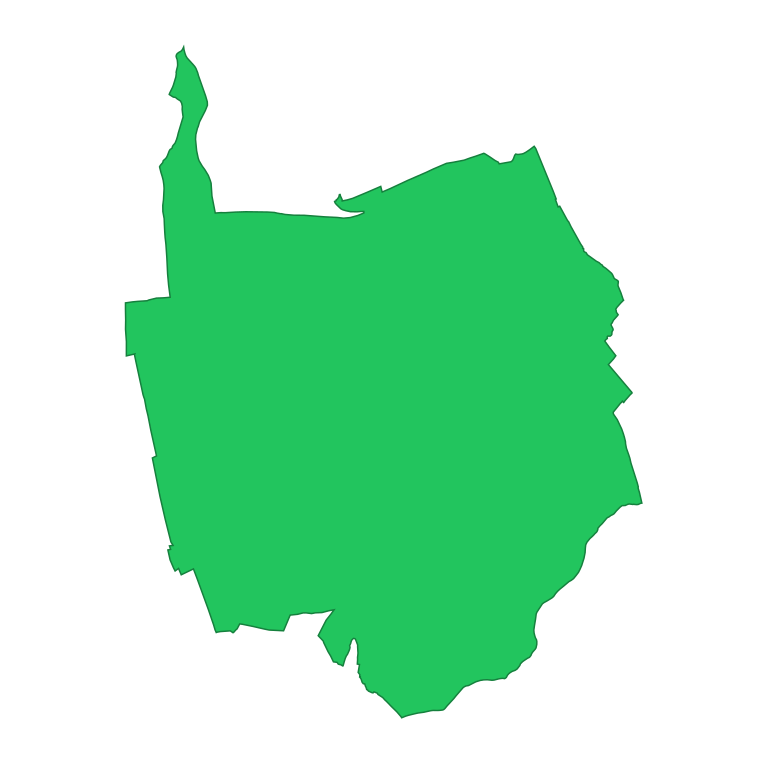 Vulturesti, Vaslui, Romania, rotated 271°
{"feature_id": "2599482B20293343486233", "entity_name": "Vulturesti", "entity_type": "district", "adm_level": 2, "iso_a3": "ROU", "parent_name": "Romania", "parent_adm1": "Vaslui", "projection": "robinson", "projection_center": [27.534, 46.797], "detail": "fine", "context": "isolated", "style": "filled", "palette": "green", "viewbox_px": 768, "rotation_deg": 271, "n_neighbors": 0, "source": "geoboundaries", "source_scale": "gbopen_adm2", "svg_char_len": 6097}
<svg xmlns="http://www.w3.org/2000/svg" viewBox="0 0 768 768"><g transform="rotate(271 384 384)"><path d="M564.8,556.6L564.1,555.0L571.7,552.1L572.0,552.9L579.5,549.9L622.1,531.6L624.3,530.0L620.9,525.7L618.3,522.0L616.8,519.3L616.4,517.9L615.9,514.7L615.9,513.1L616.2,511.7L615.0,510.7L611.8,509.6L609.7,508.6L608.4,507.1L606.1,495.3L607.7,494.5L609.3,491.3L612.8,486.0L615.8,481.1L616.4,479.8L613.4,471.8L611.4,465.9L609.2,460.2L606.9,449.3L605.7,442.6L599.9,429.7L596.3,422.4L588.0,404.2L579.4,386.6L575.9,378.8L581.5,377.3L575.3,363.6L569.1,349.5L567.4,344.0L566.3,339.0L567.7,338.9L571.2,337.2L572.7,336.8L572.6,336.1L570.0,335.5L567.7,333.8L567.2,333.0L566.5,333.1L565.7,331.4L564.3,331.9L562.7,333.2L558.4,337.8L557.5,339.6L556.6,342.8L555.7,347.4L555.7,354.0L556.1,357.8L556.2,360.8L554.7,360.9L554.5,360.6L552.0,354.8L549.8,347.2L549.1,340.7L549.7,334.3L550.1,321.8L551.3,301.2L551.2,291.0L551.8,282.0L552.5,278.4L552.5,277.0L552.7,276.2L552.9,274.6L553.6,271.4L553.9,264.3L553.8,242.9L553.3,232.7L552.5,222.1L552.5,217.8L552.0,212.3L568.9,208.7L581.8,207.6L584.6,206.7L589.5,204.7L595.2,201.1L598.6,198.5L604.0,195.2L606.9,194.2L613.9,192.6L625.3,191.3L630.0,191.5L636.5,193.0L638.1,193.7L642.9,195.0L654.3,200.6L659.6,202.6L663.1,202.4L668.9,200.6L689.1,193.1L691.9,192.3L696.2,190.5L698.1,189.3L699.8,187.8L706.5,181.5L708.6,180.2L711.2,179.2L714.8,178.2L717.4,177.8L715.2,176.8L713.9,175.9L713.2,175.2L712.1,173.2L710.8,171.5L709.7,170.8L708.2,170.4L706.6,170.8L704.6,171.6L702.3,171.9L699.3,172.1L697.5,171.9L694.7,171.2L691.9,170.7L691.0,170.9L687.3,170.5L679.5,168.3L677.2,167.5L670.8,164.5L669.7,164.2L667.2,168.3L666.9,170.5L665.5,172.2L663.4,175.6L661.1,176.8L658.0,177.5L655.0,177.4L651.8,177.8L647.3,178.5L646.9,178.3L639.4,176.2L631.2,173.9L628.0,173.2L624.8,172.3L621.2,170.9L618.9,169.0L617.9,168.4L616.0,167.9L614.7,166.0L613.1,165.1L608.4,163.4L606.6,162.5L605.3,161.4L603.5,159.4L601.5,158.9L598.6,156.5L597.2,155.8L591.6,157.3L587.4,158.7L583.7,159.7L579.3,160.4L575.6,160.7L564.4,160.3L558.7,159.7L552.5,159.9L545.5,161.3L539.9,161.6L532.5,162.1L526.8,162.6L520.0,163.5L506.0,164.7L490.5,165.7L479.2,166.9L467.0,168.7L466.3,162.0L465.9,155.0L463.9,147.4L463.1,145.7L462.3,136.1L461.7,131.0L460.6,124.1L454.3,124.2L443.2,124.6L434.2,124.6L421.9,125.7L407.6,125.9L409.7,134.3L409.0,134.0L402.7,135.4L369.0,143.3L366.3,144.2L364.9,144.8L355.0,146.8L348.1,148.6L333.5,151.7L308.1,157.8L306.0,153.7L267.6,162.0L244.6,167.7L222.4,173.7L218.9,175.9L218.4,172.3L214.9,173.5L214.3,170.8L204.4,173.2L196.8,176.6L193.4,178.4L196.0,181.8L189.7,184.6L195.8,196.7L185.5,200.8L155.5,212.3L140.3,217.8L135.2,219.4L132.6,220.6L132.9,221.2L133.6,224.7L134.5,234.6L132.7,237.3L132.9,237.9L135.6,240.2L136.6,241.4L141.6,243.9L141.3,246.6L139.3,257.3L136.8,269.1L136.0,273.5L135.5,287.9L151.3,294.2L152.2,301.6L153.7,307.1L153.8,310.1L153.2,315.6L154.0,319.3L154.4,326.0L156.3,332.7L157.4,338.0L153.2,335.1L146.9,330.3L131.2,322.6L126.0,327.7L124.2,328.3L115.3,332.8L111.1,335.4L105.3,338.3L104.9,341.9L103.1,343.2L102.4,346.0L101.4,347.5L101.5,348.0L105.4,349.0L108.8,350.0L111.3,351.0L113.1,352.2L116.4,353.6L118.4,354.3L120.1,354.6L122.1,354.2L122.6,354.6L124.0,355.2L126.1,355.7L127.7,356.4L129.1,357.9L128.9,359.3L128.2,360.0L122.6,362.2L120.8,362.2L114.5,362.7L111.8,362.5L110.5,362.3L107.8,362.4L103.5,362.2L103.1,364.4L95.2,363.2L93.0,364.9L90.7,364.8L90.8,365.4L89.9,365.4L88.7,366.2L85.3,367.4L83.9,368.6L83.9,369.9L81.3,370.8L80.3,371.4L78.2,372.0L78.1,372.6L76.7,373.8L75.1,377.5L75.0,378.5L76.0,379.4L74.8,382.6L73.5,383.4L70.5,388.2L68.1,390.4L66.7,392.0L61.6,397.1L56.4,402.6L51.7,406.8L50.6,407.5L52.3,411.5L53.2,414.3L54.5,419.2L55.6,423.6L56.5,429.5L58.2,436.6L58.5,438.9L58.5,443.3L58.7,445.8L59.1,448.5L59.6,449.5L60.5,450.5L63.4,452.8L70.7,459.3L73.8,461.7L79.3,466.3L81.8,468.4L82.8,469.8L83.5,471.2L84.0,473.8L87.8,480.9L89.3,485.4L89.9,488.8L90.1,492.4L89.7,497.1L89.9,499.2L91.2,503.9L91.6,506.0L91.8,508.2L91.5,509.4L91.7,510.1L92.7,511.4L95.1,512.6L96.6,513.9L97.7,515.3L98.9,517.2L100.0,520.1L101.4,522.1L104.9,524.7L106.6,525.3L107.9,526.5L108.8,527.4L109.8,528.7L112.3,532.3L113.2,534.1L113.6,534.5L115.2,535.7L116.9,536.3L118.4,537.2L121.6,539.9L122.8,540.6L126.3,541.3L129.2,541.3L131.0,540.9L132.7,539.9L134.7,539.2L137.7,538.4L140.6,538.1L145.4,538.7L151.4,539.6L156.8,540.2L158.6,540.9L167.0,546.2L168.3,547.9L169.7,550.4L173.0,555.6L174.5,557.3L177.3,559.1L179.8,561.2L182.0,563.5L186.0,568.2L189.6,572.3L191.0,574.7L192.7,576.9L195.5,579.1L199.0,581.7L201.9,583.1L205.9,584.8L213.3,587.0L218.9,588.0L223.6,588.2L226.7,588.5L229.4,589.7L233.1,592.6L235.5,595.2L237.1,596.7L238.0,597.4L239.5,599.0L240.2,599.5L242.0,600.3L243.4,600.3L246.0,602.4L248.2,604.6L253.5,608.9L254.4,609.8L255.0,611.2L256.5,613.1L257.3,614.8L258.3,616.3L261.1,618.5L264.7,621.9L266.3,623.8L266.6,624.6L266.7,627.2L268.1,630.2L268.3,631.6L267.9,635.0L268.2,635.9L268.0,636.2L267.8,638.7L268.0,640.3L269.2,642.7L269.4,643.9L280.0,641.3L284.4,639.9L285.7,640.0L289.3,639.0L309.2,632.3L314.1,631.1L317.3,630.0L324.0,627.5L328.3,626.6L330.7,626.4L334.9,625.3L338.4,624.2L343.0,622.5L352.5,617.8L357.1,614.5L358.3,613.8L359.8,613.7L369.2,621.0L369.7,621.8L371.0,622.6L369.7,624.0L371.7,625.4L377.5,630.3L379.2,632.1L379.8,632.1L407.3,608.0L413.0,613.0L416.3,615.3L424.8,608.5L430.8,604.0L432.4,605.2L433.1,606.0L433.3,606.5L435.0,606.3L435.8,606.9L435.8,609.3L436.8,610.5L437.5,610.9L440.3,611.1L442.0,612.1L442.6,612.1L443.6,611.8L446.9,610.0L447.9,610.1L449.0,611.0L451.8,612.3L456.3,616.2L457.3,616.9L459.8,615.1L461.4,614.9L462.9,614.4L464.9,615.7L469.1,619.3L472.0,622.1L472.5,621.7L479.5,619.2L485.9,616.4L487.2,616.2L490.0,616.5L490.9,616.4L491.9,615.2L493.2,612.8L493.7,612.3L497.1,610.7L498.2,610.0L498.8,609.5L503.6,603.7L505.5,600.7L506.0,600.6L506.9,599.9L507.4,598.8L509.1,596.9L510.5,594.1L514.4,588.5L516.8,585.0L518.1,584.3L519.0,583.6L519.4,582.4L520.2,581.4L522.9,581.2L523.1,580.7L523.0,580.3L523.1,580.2L523.7,580.3L524.4,580.3L527.4,578.2L544.6,568.2L549.4,565.8L550.7,564.6L553.0,563.3L564.8,556.6Z" fill="#22c55e" stroke="#15803d" stroke-width="1.5"/></g></svg>